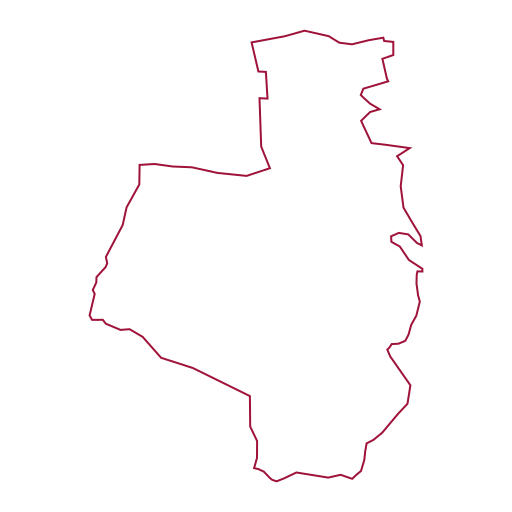 Zaаmin, Jizzakh, Uzbekistan (Albers equal-area conic projection)
{"feature_id": "79887680B19323950575966", "entity_name": "Zaаmin", "entity_type": "district", "adm_level": 2, "iso_a3": "UZB", "parent_name": "Uzbekistan", "parent_adm1": "Jizzakh", "projection": "albers", "projection_center": [68.428, 39.88], "detail": "fine", "context": "isolated", "style": "outline", "palette": "rose", "viewbox_px": 512, "rotation_deg": 0, "n_neighbors": 0, "source": "geoboundaries", "source_scale": "gbopen_adm2", "svg_char_len": 1444}
<svg xmlns="http://www.w3.org/2000/svg" viewBox="0 0 512 512"><path d="M379.6,109.3L370.0,103.6L364.3,98.4L360.8,95.1L363.3,88.7L388.2,81.3L386.9,78.6L382.4,58.8L393.3,55.0L393.3,41.9L384.2,41.0L383.3,37.7L368.8,40.2L352.0,44.3L339.3,42.7L328.8,36.2L304.5,30.7L284.5,36.3L251.6,42.4L258.4,71.5L265.9,71.9L267.5,98.6L259.5,98.2L261.2,146.6L269.9,168.2L246.6,175.9L217.3,172.9L191.9,167.3L172.7,166.5L154.6,164.0L139.6,164.9L139.3,184.5L126.6,207.3L122.7,225.0L105.9,256.9L107.2,263.5L105.5,267.2L96.5,277.1L96.3,282.5L92.8,290.0L94.7,293.9L89.6,315.4L92.1,319.9L102.8,319.8L105.8,323.7L120.5,329.9L129.6,329.2L142.7,336.9L161.1,357.8L192.8,368.0L249.9,396.1L250.2,426.6L257.1,441.0L257.0,457.9L254.1,468.1L258.4,469.1L263.9,471.7L269.9,478.0L272.3,479.9L276.6,481.3L284.0,478.4L296.4,472.5L328.3,477.6L340.6,474.8L352.2,478.8L356.6,474.6L361.0,471.0L364.3,460.0L365.2,451.4L366.6,443.4L373.4,439.9L382.2,432.7L398.0,413.9L407.5,403.7L410.4,385.3L390.2,356.4L387.3,349.6L389.2,347.8L391.7,344.1L398.5,343.7L405.3,340.8L408.5,334.7L411.2,324.9L416.3,315.7L417.7,310.2L419.8,301.6L418.1,295.4L416.5,283.7L416.7,275.1L417.4,271.4L422.4,271.5L422.4,268.8L408.9,260.0L399.8,246.5L391.4,241.8L391.1,236.3L398.8,232.9L408.3,234.4L417.0,243.0L421.8,245.4L420.5,236.1L412.0,222.1L403.5,207.6L400.7,186.3L403.1,165.2L397.1,156.2L409.7,148.1L385.8,144.8L371.5,143.1L361.1,120.8L370.1,112.0L379.6,109.3Z" fill="none" stroke="#9f1239" stroke-width="2"/></svg>